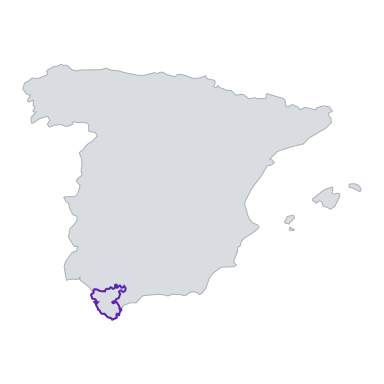 Cádiz highlighted on a map of Spain
{"feature_id": "ESP-5812", "entity_name": "Cádiz", "entity_type": "Autonomous Community", "adm_level": 1, "iso_a3": "ESP", "parent_name": "Spain", "parent_adm1": "", "projection": "equal_earth", "projection_center": [-5.7, 36.526], "detail": "fine", "context": "in_parent", "style": "outline", "palette": "violet", "viewbox_px": 384, "rotation_deg": 0, "n_neighbors": 0, "source": "natural_earth", "source_scale": "10m", "svg_char_len": 5697}
<svg xmlns="http://www.w3.org/2000/svg" viewBox="0 0 384 384"><path d="M205.6,75.7L205.7,76.8L207.7,78.9L213.6,80.1L215.1,81.0L214.9,83.9L213.5,86.4L214.8,87.5L216.2,87.5L217.9,85.5L218.3,86.8L221.1,88.0L227.0,90.3L231.3,90.6L235.7,95.1L242.8,94.3L249.2,98.7L255.2,97.7L256.5,98.5L265.8,98.7L266.2,95.1L267.2,93.7L283.5,98.6L285.5,101.7L285.2,103.2L286.2,106.8L288.3,106.6L292.5,104.6L298.0,107.1L299.6,109.3L300.7,109.5L304.8,107.3L316.0,109.9L316.4,108.2L317.2,107.7L321.8,106.2L323.7,105.8L329.7,107.0L330.5,109.0L331.7,109.8L332.3,111.6L328.8,112.6L328.6,115.6L330.9,118.2L331.3,122.7L325.5,128.4L308.7,138.2L303.3,144.0L290.6,147.0L277.5,151.4L269.8,159.2L271.8,159.8L274.3,162.5L273.5,163.6L270.1,165.5L267.0,166.0L261.5,175.7L253.8,185.7L250.9,190.2L244.9,202.0L245.0,205.4L248.4,217.1L250.3,220.2L252.8,222.8L257.7,225.0L258.9,227.2L257.3,229.3L252.6,233.0L244.4,238.0L241.0,241.9L240.3,245.7L237.9,247.5L237.1,252.8L234.0,260.2L233.8,262.2L236.4,264.9L233.9,266.6L221.1,267.2L213.2,273.1L209.3,278.3L205.9,287.9L201.6,293.6L199.6,294.7L196.6,292.2L192.8,291.8L189.2,292.6L187.3,294.6L184.3,295.7L181.4,294.8L175.1,294.3L172.3,294.3L167.9,296.0L164.1,294.9L157.7,294.3L144.0,295.6L142.2,296.2L136.2,302.8L129.5,302.9L123.4,305.6L119.4,311.9L118.6,315.4L117.4,314.5L116.5,314.8L116.0,317.4L111.8,319.1L107.1,316.9L103.2,313.8L101.2,313.5L97.9,308.6L96.4,305.5L95.4,302.1L95.4,299.7L92.4,298.4L91.7,295.3L93.9,291.2L96.7,289.0L94.1,289.2L92.1,291.8L89.7,287.6L79.7,279.6L80.3,276.7L78.6,278.9L77.4,279.4L72.3,279.1L66.4,280.1L64.1,266.4L65.6,261.6L72.2,252.3L76.4,251.0L78.1,246.3L74.3,246.5L68.4,237.3L70.0,228.7L76.0,222.3L77.0,219.7L77.2,217.3L76.1,215.7L72.8,214.7L69.5,208.0L68.8,203.8L66.1,201.5L63.8,197.3L65.9,196.7L74.3,196.6L76.4,195.6L77.9,192.8L79.6,188.2L79.9,185.4L76.7,181.5L76.6,180.6L77.0,179.3L82.2,174.9L81.1,171.6L82.0,164.7L81.6,160.7L81.1,157.4L79.3,153.1L80.5,151.3L83.1,149.9L85.3,146.4L88.4,143.5L92.4,141.2L97.2,136.1L96.4,133.8L94.8,132.5L89.0,131.5L88.6,130.5L88.7,125.0L87.2,122.8L85.1,123.0L81.9,122.0L81.1,122.7L77.0,122.5L74.1,121.5L72.9,122.3L72.5,124.3L67.7,126.3L65.0,126.2L60.6,124.5L55.5,125.1L54.9,124.7L50.6,126.9L49.2,127.0L47.4,124.3L49.8,120.3L47.8,116.6L46.5,116.4L38.5,119.2L33.8,122.8L31.9,123.3L31.3,122.6L31.1,117.5L36.1,112.0L33.0,111.7L33.2,110.1L35.2,107.6L33.2,105.7L33.3,100.2L28.9,102.0L27.8,101.7L27.8,99.5L30.5,95.2L27.7,94.7L25.6,93.0L23.0,89.4L23.1,87.5L24.6,83.1L28.4,81.0L32.1,78.0L37.2,78.6L44.8,76.0L47.5,74.6L47.4,72.8L46.5,71.4L47.3,70.2L53.6,66.5L57.3,66.1L61.1,64.3L63.6,65.5L65.8,65.1L68.4,66.5L71.7,69.7L76.6,71.0L80.5,70.0L100.6,69.7L106.3,68.1L110.7,70.1L119.3,71.0L124.5,72.6L138.7,75.4L143.9,75.4L154.2,72.7L157.1,73.4L161.2,72.1L163.2,72.4L165.8,74.2L175.0,76.8L177.3,74.6L179.1,74.2L185.7,75.5L192.3,78.2L195.8,78.4L200.8,77.7L205.6,75.7ZM331.8,193.1L334.3,194.2L336.8,193.2L338.1,193.5L339.5,194.0L339.9,196.1L334.9,206.4L330.7,209.2L326.2,207.0L323.7,206.5L322.9,205.6L322.2,202.3L321.0,201.3L319.3,200.8L316.0,203.4L314.9,201.6L313.3,201.3L312.6,200.3L312.6,198.9L322.7,190.9L325.6,189.2L331.9,187.1L332.9,187.4L332.1,188.7L333.0,189.8L331.8,193.1ZM361.0,188.9L360.1,191.7L352.2,187.9L349.7,187.5L349.0,186.9L349.2,184.1L354.3,183.7L358.5,185.1L361.0,188.9ZM290.1,221.9L289.3,224.0L285.4,223.2L284.5,222.4L285.3,220.1L286.4,219.8L286.4,218.2L287.5,216.5L292.9,215.2L294.2,216.3L294.5,217.9L291.4,221.5L290.1,221.9ZM294.1,230.1L293.6,230.5L289.4,230.1L289.3,228.8L290.1,226.9L291.7,228.8L294.1,229.1L294.1,230.1Z" fill="#d9dde1" stroke="#a8b0b8" stroke-width="1"/><path d="M119.2,315.2L118.7,315.2L118.5,314.4L118.0,314.1L117.4,313.9L116.9,313.8L116.9,314.2L116.6,314.5L116.5,314.9L116.5,315.4L116.7,315.8L116.6,316.1L116.6,316.6L116.8,316.9L116.9,317.2L116.8,317.6L116.6,317.8L116.4,318.0L115.9,318.2L113.3,319.2L113.0,319.5L112.2,319.7L111.7,318.7L110.6,318.0L110.2,317.7L109.6,317.9L109.0,317.7L108.5,317.4L107.4,317.0L107.1,316.7L106.5,315.8L104.8,314.0L104.3,313.7L103.8,313.7L102.6,313.9L101.3,313.5L100.6,312.6L100.1,311.4L99.5,310.4L98.1,309.6L98.0,309.1L97.9,308.6L97.7,307.9L97.5,307.4L96.6,306.3L96.0,304.8L95.7,303.8L95.1,302.6L94.5,302.1L94.3,301.8L94.6,301.7L94.8,301.7L95.6,302.5L95.9,302.8L95.7,303.1L95.9,303.4L96.3,303.9L96.6,303.8L96.8,303.7L97.1,303.2L97.6,302.5L96.9,302.7L96.5,302.6L96.3,302.1L96.5,301.1L96.2,300.4L95.0,299.2L94.7,299.0L93.0,298.9L92.5,298.8L92.2,298.4L91.8,297.0L91.6,296.4L91.2,295.7L91.1,295.1L91.2,294.5L91.7,293.9L92.1,293.7L93.1,293.3L93.4,293.0L93.7,292.2L93.5,290.8L93.6,290.0L94.5,289.2L96.3,289.4L98.2,290.0L99.6,290.9L102.9,291.4L103.7,291.1L105.0,291.4L105.3,290.3L105.7,289.6L106.2,289.1L107.2,288.8L109.5,288.8L110.1,287.7L110.7,287.3L111.4,287.5L112.8,288.7L113.3,288.8L113.9,288.6L114.4,288.2L114.8,287.6L115.1,286.9L115.2,286.5L115.1,285.3L115.1,285.0L115.3,284.8L115.7,284.6L116.1,284.6L116.4,284.7L116.7,284.9L116.9,285.3L116.8,285.8L116.3,286.9L116.4,287.5L116.6,287.8L116.9,287.8L119.7,285.6L119.9,285.5L120.2,285.7L121.4,287.6L121.7,287.8L122.2,287.8L122.8,287.5L123.3,287.1L124.1,286.0L125.3,287.6L125.6,288.6L125.5,289.7L125.1,290.6L124.4,291.4L123.7,291.8L122.8,291.9L121.1,290.4L120.4,290.4L120.0,290.7L119.2,291.5L119.1,292.0L119.3,292.7L120.2,293.8L120.1,294.5L119.6,295.3L119.1,297.4L118.7,298.0L118.0,298.4L116.4,299.0L116.2,299.3L115.7,300.2L115.4,300.5L114.8,301.0L112.7,301.7L112.4,301.9L112.3,302.3L112.5,302.7L112.8,303.0L113.2,303.2L113.7,303.2L114.7,302.6L115.6,302.3L116.5,302.2L116.9,302.4L117.2,302.8L117.8,304.1L118.7,305.2L119.2,306.5L119.6,308.9L120.7,308.5L121.3,309.9L121.2,310.0L120.8,310.4L120.4,310.5L120.4,310.8L120.5,311.1L120.2,311.5L119.4,313.2L119.3,313.6L119.2,315.2Z" fill="none" stroke="#5b21b6" stroke-width="2"/></svg>